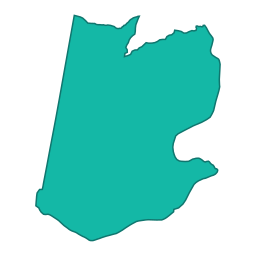 Tabatinga, Amazonas, Brazil
{"feature_id": "56859067B95161985484983", "entity_name": "Tabatinga", "entity_type": "district", "adm_level": 2, "iso_a3": "BRA", "parent_name": "Brazil", "parent_adm1": "Amazonas", "projection": "mercator", "projection_center": [-69.622, -4.029], "detail": "fine", "context": "isolated", "style": "filled", "palette": "teal", "viewbox_px": 256, "rotation_deg": 0, "n_neighbors": 0, "source": "geoboundaries", "source_scale": "gbopen_adm2", "svg_char_len": 3243}
<svg xmlns="http://www.w3.org/2000/svg" viewBox="0 0 256 256"><path d="M173.8,209.4L178.6,207.9L180.6,206.1L182.9,204.1L183.7,202.9L185.6,200.1L189.3,192.7L194.0,184.4L196.1,182.4L198.7,180.7L199.7,180.3L203.1,178.7L205.6,178.2L211.3,175.8L213.6,175.1L215.5,174.0L217.1,172.2L217.7,170.6L217.5,169.5L216.5,168.8L215.3,168.6L214.6,167.6L214.1,166.5L213.2,165.2L212.0,164.6L210.7,163.6L209.4,161.9L208.4,161.2L206.5,161.5L205.3,162.0L203.8,161.5L202.9,160.7L201.7,159.7L200.2,158.8L198.9,158.2L197.8,158.2L196.0,158.3L194.2,158.8L192.7,159.1L189.7,160.8L188.6,161.3L187.2,161.4L185.0,161.5L183.3,161.4L181.4,161.3L179.4,161.0L176.9,159.6L175.2,157.2L174.2,154.7L173.3,151.6L172.8,147.2L173.3,143.4L174.3,140.3L175.7,135.9L178.2,133.7L184.2,130.5L193.3,125.8L201.8,122.2L206.6,119.6L210.1,117.2L211.7,114.5L213.2,111.5L213.7,110.2L215.8,101.2L218.1,93.4L218.9,90.5L219.7,86.8L219.5,84.8L219.3,79.5L219.8,70.1L220.1,64.3L219.8,62.8L219.4,61.1L219.1,60.1L218.5,59.1L217.4,58.3L216.5,57.9L212.3,55.1L211.2,53.6L210.7,52.2L210.5,50.9L210.6,49.4L211.1,47.5L211.9,45.0L212.3,43.3L212.7,41.7L213.1,39.8L213.0,38.8L212.7,37.8L211.4,36.0L209.4,33.4L207.9,30.7L206.4,27.8L204.6,25.3L203.2,25.4L202.8,26.6L201.8,26.8L200.5,26.4L198.7,26.6L197.3,26.0L196.3,26.1L196.0,27.2L196.6,28.2L196.3,29.5L196.0,30.4L195.0,30.6L194.0,30.9L191.9,30.6L189.0,31.7L186.4,33.0L183.8,33.1L181.3,31.5L178.2,30.7L174.7,30.2L174.1,32.7L171.7,34.8L169.2,35.2L166.9,36.6L165.4,39.4L162.7,39.4L159.8,39.8L157.4,41.5L154.9,42.6L152.0,43.1L148.8,43.2L146.1,42.7L141.9,46.7L139.2,47.9L137.4,49.9L134.9,50.0L132.2,51.2L130.6,54.4L127.6,55.7L125.4,56.3L124.5,56.6L124.9,53.4L127.3,52.3L127.2,49.8L125.8,47.4L126.9,44.8L128.3,42.7L129.2,39.9L130.6,37.7L132.6,35.7L134.8,34.1L135.3,31.3L135.4,28.1L135.8,24.9L136.9,22.0L137.9,19.3L139.3,16.2L138.0,16.3L136.7,16.9L135.3,17.2L134.1,17.6L133.2,17.9L132.1,18.7L130.7,19.5L130.0,20.1L129.3,20.9L128.6,21.9L127.7,22.7L126.6,23.5L125.8,24.7L124.8,25.2L123.9,25.4L123.4,26.4L122.4,26.6L121.8,27.6L121.0,28.3L119.6,28.3L118.4,28.6L116.7,28.4L115.5,27.7L114.3,26.6L113.1,26.2L112.1,25.9L110.6,25.4L109.0,25.2L107.7,25.0L106.6,25.3L105.0,25.3L103.6,24.8L102.6,24.9L101.5,24.9L100.0,24.7L98.4,24.7L97.1,24.6L96.0,24.3L94.8,23.5L91.1,23.4L87.8,23.1L85.6,20.7L82.7,18.1L80.4,17.0L77.4,16.2L74.3,15.4L67.4,53.8L59.3,99.3L55.8,118.5L49.8,150.1L46.9,165.6L43.5,183.3L43.0,186.3L42.3,189.4L39.6,189.5L38.7,190.7L37.1,193.0L36.8,195.1L36.6,196.7L36.5,198.2L36.4,199.3L36.2,201.6L35.9,205.8L38.8,207.9L39.7,209.9L41.2,212.2L43.5,214.2L45.2,214.5L46.6,214.4L48.0,214.2L50.0,214.9L51.7,215.9L52.8,216.6L56.0,218.7L57.4,219.6L58.3,220.3L59.1,220.9L59.9,221.7L63.0,224.6L64.1,225.6L67.7,228.2L68.9,229.2L70.3,230.1L71.9,230.9L73.8,231.6L75.4,232.2L76.6,232.8L78.9,234.3L80.9,235.4L82.7,236.4L84.2,237.0L85.7,237.8L87.9,239.2L89.1,240.1L90.2,240.5L91.4,240.6L92.9,240.6L94.9,240.0L96.9,239.3L97.7,239.0L98.8,238.7L100.4,238.1L102.0,237.5L106.0,236.2L109.5,235.3L113.8,234.1L116.3,233.5L118.8,232.2L122.5,230.0L125.5,227.9L129.7,225.2L131.9,223.9L136.4,221.5L138.7,220.9L145.7,219.9L148.3,219.7L157.3,220.0L158.5,219.9L161.8,219.9L163.6,219.2L165.0,218.5L166.6,217.5L169.3,215.4L173.6,211.8L173.8,209.4Z" fill="#14b8a6" stroke="#0f766e" stroke-width="1.5"/></svg>